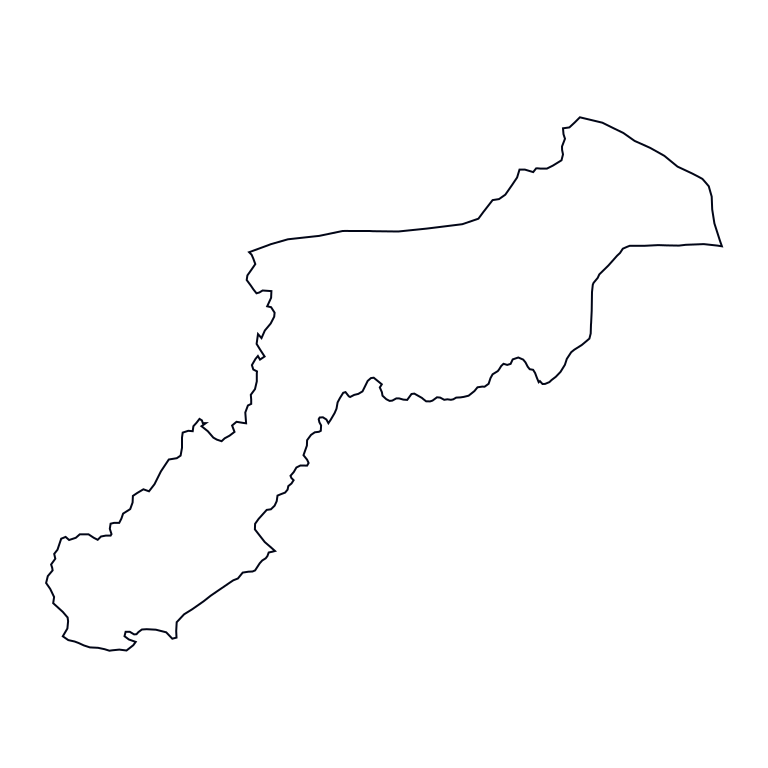 outline of Seekon, Sinoe, Liberia
{"feature_id": "62588387B87591253137556", "entity_name": "Seekon", "entity_type": "district", "adm_level": 2, "iso_a3": "LBR", "parent_name": "Liberia", "parent_adm1": "Sinoe", "projection": "mercator", "projection_center": [-8.669, 5.635], "detail": "fine", "context": "isolated", "style": "outline", "palette": "ink", "viewbox_px": 768, "rotation_deg": 0, "n_neighbors": 0, "source": "geoboundaries", "source_scale": "gbopen_adm2", "svg_char_len": 4667}
<svg xmlns="http://www.w3.org/2000/svg" viewBox="0 0 768 768"><path d="M589.5,119.6L583.6,118.2L579.9,117.3L574.8,122.4L572.0,125.0L569.4,127.4L567.4,127.7L563.0,128.3L563.5,134.2L564.5,137.3L565.0,138.7L563.5,142.6L562.0,146.5L562.1,150.0L563.0,154.4L561.5,160.3L558.1,162.4L552.9,165.6L546.9,168.6L540.5,168.6L537.3,168.3L536.1,168.4L533.2,172.1L524.9,169.6L520.7,169.6L519.5,169.6L517.1,177.5L514.4,181.5L512.2,184.8L505.3,194.7L499.0,199.1L492.6,200.1L486.7,207.7L484.4,210.7L483.8,211.4L482.7,212.9L478.4,218.7L462.3,224.2L433.2,227.8L426.6,228.6L398.3,231.5L372.9,231.2L369.8,231.0L348.8,231.0L347.4,230.9L342.6,231.0L319.1,235.9L313.4,236.5L287.9,239.3L270.8,244.2L267.7,245.4L265.5,246.2L249.1,252.2L251.6,254.7L253.3,258.6L255.3,264.1L251.3,269.9L247.4,275.4L246.7,280.0L250.9,285.7L253.4,289.4L256.5,293.3L259.3,292.5L262.6,290.5L271.4,291.1L271.1,297.8L267.2,306.3L271.1,307.2L274.6,312.7L274.2,316.7L270.7,323.5L265.1,330.2L264.8,330.6L261.5,338.1L258.0,334.1L256.6,343.9L260.3,349.9L264.6,356.5L260.0,359.6L257.9,356.0L255.5,358.9L251.9,365.1L253.3,369.5L257.0,371.4L256.8,373.4L256.8,381.4L256.2,383.9L255.0,389.1L250.8,394.8L251.2,399.5L251.2,403.9L247.9,405.5L245.3,412.5L246.1,423.3L243.1,422.9L236.5,421.8L232.1,425.5L234.5,431.9L229.5,435.7L224.7,438.3L221.6,441.2L216.8,439.6L213.3,437.6L207.8,431.2L201.5,426.2L205.9,423.1L202.8,423.1L201.9,420.4L199.5,418.9L196.4,422.9L193.4,426.2L192.7,431.2L188.3,430.8L182.7,432.6L182.0,437.6L182.0,447.8L180.6,455.6L176.8,458.2L168.8,459.5L160.9,471.4L154.5,484.2L149.0,491.3L143.4,489.3L137.2,493.0L132.9,495.9L132.6,502.5L130.2,509.1L123.1,513.6L121.4,518.6L119.2,522.9L113.9,522.9L110.6,523.7L109.8,528.8L111.5,534.1L110.6,535.6L105.8,535.6L101.0,536.5L97.7,539.8L93.8,537.8L88.5,534.3L79.8,534.3L75.8,537.8L69.1,540.0L65.6,536.9L62.5,538.2L61.2,538.7L57.5,549.7L54.2,553.9L55.3,558.7L51.1,564.5L52.2,567.8L52.6,570.4L47.8,576.1L46.1,583.0L50.2,588.9L54.1,597.0L53.2,603.2L62.8,611.9L67.0,616.8L67.6,617.4L68.1,621.2L67.4,628.5L62.8,636.3L68.3,640.1L74.6,641.5L78.6,643.0L83.8,645.4L89.9,647.4L98.0,647.8L104.6,649.2L109.4,650.7L112.3,650.3L119.3,649.6L126.5,650.5L128.7,648.8L133.3,645.2L135.7,641.9L128.9,639.5L124.5,636.2L125.6,631.8L129.8,631.8L134.1,634.4L136.5,634.2L138.4,632.1L141.9,629.5L146.7,629.2L155.9,629.7L166.2,632.3L172.3,638.7L173.0,638.5L176.5,637.6L176.2,631.0L176.7,622.2L184.1,614.3L192.0,609.4L203.6,601.3L210.7,595.7L217.1,591.3L230.0,582.5L233.3,580.3L237.9,578.5L242.7,572.6L248.4,571.7L252.5,571.5L255.1,570.4L259.7,563.3L262.2,560.5L265.7,558.3L267.4,556.1L268.7,552.5L272.4,551.7L275.0,551.0L272.1,548.4L264.8,542.1L259.8,535.7L254.9,529.4L255.1,523.8L258.6,518.9L266.7,509.9L270.9,509.3L274.6,505.7L276.7,501.2L277.5,495.6L281.1,494.1L285.1,492.6L287.6,489.6L288.3,486.1L291.5,483.5L293.6,480.2L291.4,478.0L290.5,475.8L293.8,472.0L296.4,467.5L300.4,465.5L307.1,465.6L308.6,463.0L307.1,459.7L303.5,455.2L306.9,445.6L307.1,440.2L311.0,434.9L314.8,432.3L318.9,431.8L320.8,430.8L321.1,425.4L319.4,422.3L318.7,419.2L319.7,417.5L322.9,417.3L326.4,419.5L328.4,423.2L330.8,419.6L334.6,413.1L336.5,408.7L337.6,402.4L339.9,398.1L343.2,392.8L345.5,392.1L348.8,396.3L350.1,397.0L354.2,394.9L358.3,393.9L362.5,391.4L364.7,387.0L367.7,380.9L370.9,378.1L373.7,377.7L381.8,384.3L380.7,386.1L379.8,387.4L381.9,392.2L382.5,395.7L386.3,399.2L389.6,400.9L392.3,400.6L396.3,398.4L399.1,398.4L403.3,399.6L407.2,399.9L411.5,394.0L414.3,393.6L421.9,397.9L423.3,399.1L426.1,401.3L430.1,401.4L432.5,400.6L437.0,397.3L440.2,397.6L444.2,399.8L447.4,399.3L450.9,399.8L453.3,399.3L456.2,397.6L460.4,397.4L463.7,396.9L468.6,395.7L474.4,391.1L477.5,387.3L482.2,386.6L484.6,386.7L488.6,383.8L490.5,378.1L492.6,374.3L497.8,371.1L499.1,369.4L501.2,366.0L503.5,363.8L507.2,364.9L510.6,363.9L512.7,359.4L518.3,357.5L523.2,359.6L525.5,362.4L527.7,366.7L529.7,369.2L533.1,369.8L535.1,373.0L536.8,377.6L538.7,382.2L539.9,381.1L542.5,384.0L545.1,383.9L549.4,382.1L551.6,380.0L555.8,376.8L560.5,371.9L564.9,364.8L566.2,360.8L566.8,358.9L571.2,352.2L574.3,349.7L581.9,344.9L589.4,338.6L590.7,333.5L591.0,324.0L591.1,323.4L591.7,310.9L592.0,292.0L592.1,291.1L592.8,284.7L593.6,282.8L597.7,277.9L599.3,274.4L608.4,265.5L617.1,255.7L618.6,254.3L620.0,253.0L622.8,248.7L626.9,246.9L629.7,245.8L644.5,245.8L658.3,245.1L666.9,245.4L679.0,245.6L685.8,244.8L696.5,244.4L703.7,244.1L717.5,245.6L720.6,246.1L721.9,246.3L719.9,240.6L714.4,223.4L712.2,209.4L711.7,196.6L709.3,188.2L708.8,186.3L708.2,185.6L706.1,183.1L703.3,179.9L702.4,178.9L698.2,176.6L692.2,173.5L677.5,166.6L664.3,155.8L651.1,148.4L650.0,147.8L634.6,140.9L623.4,133.0L613.5,128.2L602.4,122.7L589.5,119.6Z" fill="none" stroke="#020617" stroke-width="2"/></svg>